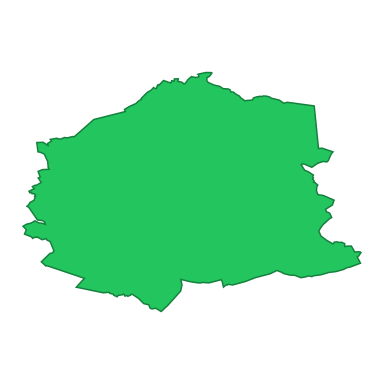 Mullingar Lea-6, Westmeath, Ireland (Equal Earth projection)
{"feature_id": "5873133B77871835478253", "entity_name": "Mullingar Lea-6", "entity_type": "district", "adm_level": 2, "iso_a3": "IRL", "parent_name": "Ireland", "parent_adm1": "Westmeath", "projection": "equal_earth", "projection_center": [-7.319, 53.526], "detail": "fine", "context": "isolated", "style": "filled", "palette": "green", "viewbox_px": 384, "rotation_deg": 0, "n_neighbors": 0, "source": "geoboundaries", "source_scale": "gbopen_adm2", "svg_char_len": 3039}
<svg xmlns="http://www.w3.org/2000/svg" viewBox="0 0 384 384"><path d="M93.8,119.5L74.2,136.8L72.8,136.5L67.3,137.9L64.4,137.5L61.0,139.0L57.9,138.8L57.1,138.2L50.3,139.4L51.5,141.0L47.7,143.4L48.0,145.5L43.2,142.3L36.8,142.5L38.0,151.9L40.1,152.2L44.3,154.1L47.7,161.5L48.2,167.5L49.1,169.3L42.4,169.6L38.1,171.4L40.2,177.1L38.2,178.0L41.2,182.4L36.1,185.5L35.5,185.1L32.7,186.4L32.4,186.6L34.2,188.7L29.0,191.2L30.0,192.9L31.4,192.3L32.1,193.8L33.6,193.6L35.6,194.8L34.6,196.4L35.3,196.7L33.9,200.4L29.9,202.5L28.9,204.5L26.9,206.3L28.8,207.4L37.5,220.0L42.7,220.6L45.0,222.4L44.6,223.3L45.2,224.3L42.3,223.3L38.6,222.8L34.9,220.8L31.3,223.0L26.3,224.3L23.0,226.3L26.4,229.7L24.5,234.1L31.4,236.8L32.7,238.4L34.6,237.3L37.1,237.3L37.3,237.0L42.1,239.7L46.1,238.7L47.0,240.1L50.1,241.5L54.0,251.0L52.0,253.2L50.1,253.3L41.3,261.8L45.9,266.0L46.8,265.7L50.2,266.8L84.4,278.3L76.3,287.2L103.3,292.8L109.1,292.3L109.9,293.4L113.0,294.0L113.9,295.3L117.1,296.8L118.2,295.4L122.7,294.7L123.8,294.1L124.9,296.1L127.0,295.5L127.8,296.3L130.6,295.1L130.9,294.3L132.5,294.4L138.5,298.4L143.7,303.6L148.8,304.8L149.9,307.8L150.9,308.5L152.0,309.0L155.6,308.2L161.2,311.5L167.7,305.5L180.7,291.0L182.0,284.8L180.8,279.4L190.2,281.7L198.2,282.9L201.2,282.9L202.0,282.4L209.0,282.9L221.2,279.7L222.3,281.9L223.5,287.1L226.3,284.8L227.4,285.0L228.3,284.3L232.5,285.0L245.4,281.5L255.8,277.5L270.1,273.8L276.9,270.5L282.3,272.5L283.2,273.4L289.8,275.1L294.7,275.3L300.9,277.7L306.2,276.8L308.0,275.9L312.0,276.6L313.4,275.8L320.9,274.8L329.2,272.4L335.9,271.6L343.7,269.4L346.8,267.7L350.1,267.1L360.5,263.2L357.2,257.0L358.5,256.2L361.0,252.6L360.0,251.8L354.6,251.9L351.4,246.1L348.6,246.0L344.7,246.5L344.7,243.6L341.3,242.2L339.0,242.5L337.0,241.8L334.3,242.1L333.0,244.0L326.4,240.1L321.0,236.1L318.8,231.2L320.2,228.5L322.9,224.8L329.8,218.5L331.7,217.6L329.9,213.5L328.8,212.6L326.5,211.9L325.6,209.3L332.4,205.0L334.1,200.2L323.1,195.4L318.7,194.8L317.6,194.1L316.4,190.3L317.0,186.0L317.8,185.1L315.1,182.7L313.6,182.3L314.2,181.1L312.7,179.1L313.4,177.9L312.5,176.3L313.4,175.1L308.4,171.8L304.6,170.2L301.2,164.7L302.0,164.1L304.1,164.0L311.8,167.3L317.7,163.3L323.0,161.5L327.0,161.9L328.3,160.6L331.2,154.0L333.0,151.9L322.2,148.2L318.5,148.5L314.2,105.9L287.4,102.3L283.7,103.2L279.3,100.1L271.4,98.2L269.9,97.1L266.4,96.1L263.0,96.0L261.8,96.6L260.1,96.3L256.9,96.8L253.5,97.9L252.3,100.0L244.8,100.7L240.6,97.7L239.5,96.1L235.8,94.1L233.3,92.0L231.0,92.0L230.1,89.9L228.1,88.9L223.3,88.7L219.7,86.4L214.2,85.1L208.4,82.6L206.8,80.8L207.0,77.6L209.2,76.6L211.5,73.8L211.9,72.9L211.5,72.6L206.0,72.5L198.3,74.1L197.9,74.3L198.6,74.8L198.8,76.8L197.7,77.1L195.5,77.5L191.4,76.6L188.0,79.5L185.2,83.5L184.0,83.8L181.7,82.2L177.8,81.3L178.3,78.8L174.4,78.9L173.9,81.2L171.7,80.7L170.8,83.0L163.5,80.5L158.9,85.3L158.2,84.6L157.3,85.6L156.5,88.5L154.4,88.2L153.6,87.5L151.1,90.2L147.2,92.4L141.2,98.5L141.5,99.2L138.3,101.2L136.0,103.5L129.6,106.4L124.5,109.4L125.4,111.5L93.8,119.5Z" fill="#22c55e" stroke="#15803d" stroke-width="1.5"/></svg>